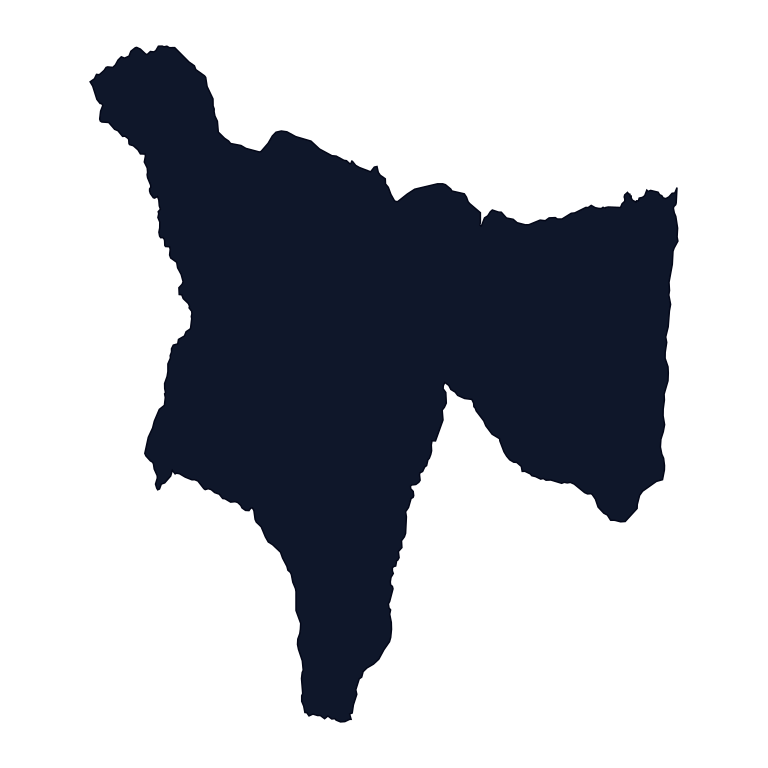 San Bernardo, Cundinamarca, Colombia (Equal Earth projection)
{"feature_id": "7082276B63706767253124", "entity_name": "San Bernardo", "entity_type": "district", "adm_level": 2, "iso_a3": "COL", "parent_name": "Colombia", "parent_adm1": "Cundinamarca", "projection": "equal_earth", "projection_center": [-74.363, 4.131], "detail": "fine", "context": "isolated", "style": "filled", "palette": "ink", "viewbox_px": 768, "rotation_deg": 0, "n_neighbors": 0, "source": "geoboundaries", "source_scale": "gbopen_adm2", "svg_char_len": 6076}
<svg xmlns="http://www.w3.org/2000/svg" viewBox="0 0 768 768"><path d="M312.9,714.1L317.5,715.5L320.3,715.5L324.6,718.7L327.9,716.0L331.8,719.0L334.7,718.6L336.1,720.1L340.5,721.9L344.9,721.6L349.7,719.3L351.1,719.3L349.6,714.0L352.2,713.0L353.4,704.9L356.8,694.3L355.8,689.8L359.2,678.9L361.7,677.1L363.1,671.7L367.0,667.9L373.5,664.1L378.8,659.2L384.0,649.6L389.5,641.7L390.7,637.5L391.5,629.3L391.3,622.4L389.7,614.2L390.6,609.9L389.0,607.9L388.4,603.9L389.7,601.4L393.0,588.8L392.4,586.4L390.6,584.8L390.3,581.9L391.0,577.4L393.3,573.5L392.4,571.0L392.4,567.9L393.6,566.6L395.7,566.0L396.6,560.8L397.7,560.2L399.1,557.7L398.4,551.5L401.9,547.6L401.5,540.7L404.4,536.8L405.6,533.3L406.4,516.8L405.6,511.7L408.5,507.5L411.1,498.5L413.1,497.4L413.7,495.7L413.2,491.4L410.7,488.7L410.5,486.1L411.6,485.0L415.8,484.5L418.8,482.3L420.1,480.3L419.5,474.5L420.0,472.8L422.6,471.5L424.7,467.0L426.6,465.6L427.9,459.9L429.3,458.3L430.8,454.4L431.6,450.8L431.3,445.0L432.0,440.8L435.5,440.9L443.0,420.0L442.2,410.1L444.4,407.3L446.3,403.1L445.8,392.5L443.1,388.7L443.3,385.7L444.8,382.4L448.8,385.4L450.9,389.5L455.2,392.1L457.7,395.4L464.6,398.5L471.8,399.4L473.6,403.1L473.9,406.7L475.2,408.1L476.2,410.9L483.8,420.9L485.8,425.8L492.1,434.2L499.6,438.7L499.8,440.8L504.0,451.8L506.6,456.1L509.7,459.8L513.7,462.2L516.7,462.4L521.3,466.4L522.2,471.4L524.9,471.3L530.3,473.9L531.8,475.7L535.6,476.6L540.7,479.1L543.3,478.5L546.0,480.2L550.8,480.0L561.7,483.3L564.2,482.3L567.2,482.9L570.4,482.4L574.2,484.1L584.6,492.6L587.5,493.9L591.2,493.7L592.3,494.6L595.4,499.1L598.1,507.1L603.8,513.2L607.3,515.0L610.6,520.2L614.8,520.3L620.6,521.8L625.2,521.5L637.1,508.5L637.3,504.4L639.6,495.4L642.6,491.2L656.4,481.4L662.5,479.7L664.4,470.0L664.5,465.5L663.6,458.2L661.8,454.2L660.4,447.0L660.9,439.3L663.3,431.7L664.6,424.7L663.1,415.7L663.2,409.2L664.4,400.0L664.1,394.2L668.0,380.8L668.3,373.0L668.0,366.8L665.1,358.3L665.2,352.4L666.7,342.4L665.7,337.0L668.2,326.8L669.4,311.0L670.6,304.4L668.8,295.0L669.5,290.5L669.0,282.4L672.3,264.4L673.0,251.3L674.1,248.1L677.9,241.1L677.1,236.9L677.6,228.1L675.8,216.4L674.3,212.9L673.4,208.3L673.8,206.6L675.7,204.7L676.2,202.9L677.0,187.6L674.8,193.0L672.1,193.3L668.9,196.9L665.8,198.6L663.2,197.9L661.8,195.7L659.6,194.7L658.1,192.2L650.6,190.4L648.2,191.4L646.8,190.1L644.7,195.7L642.4,197.4L639.2,198.1L638.4,200.9L636.5,200.8L636.0,202.1L632.3,200.1L631.2,197.9L631.2,196.2L630.3,196.5L629.9,194.2L628.6,193.9L627.5,192.4L624.7,194.9L624.2,197.0L624.8,199.0L624.7,201.3L622.1,203.7L620.5,207.5L608.2,207.0L605.7,207.5L605.3,208.3L603.0,207.3L601.4,208.5L598.8,208.4L595.3,207.7L591.2,205.4L588.1,207.6L585.9,207.4L574.8,212.9L571.2,213.3L562.0,219.0L557.3,219.0L555.3,217.6L549.1,217.9L545.3,220.7L540.1,220.1L528.9,224.7L525.3,224.8L517.1,222.7L513.2,219.3L506.5,218.0L501.3,212.2L498.6,212.1L492.3,210.0L490.3,211.8L487.7,215.9L484.5,217.9L481.5,225.8L480.8,226.1L479.8,225.0L480.4,222.4L480.4,212.7L469.7,203.6L468.1,201.7L466.5,197.2L464.3,193.8L451.9,191.0L450.7,189.0L445.5,184.7L442.7,183.8L437.5,183.8L414.7,189.2L407.3,194.0L397.7,201.6L395.9,201.5L394.5,200.8L390.9,194.4L388.3,187.3L385.5,183.9L385.3,178.8L380.2,175.2L378.3,172.4L377.0,166.5L374.3,167.1L370.6,171.8L359.4,167.5L355.7,165.4L352.4,161.3L351.8,161.1L350.8,163.6L349.8,163.8L346.5,160.7L343.9,160.3L336.2,156.1L331.9,155.7L319.5,149.0L311.0,141.1L295.7,136.6L286.9,131.8L281.3,131.0L276.0,132.2L272.4,135.9L268.1,143.3L261.1,151.4L259.5,152.0L245.9,148.4L241.0,145.5L230.6,143.5L228.6,141.0L224.6,138.3L218.3,132.1L217.4,121.2L214.9,115.9L214.1,111.7L214.2,109.0L213.1,105.9L213.0,98.9L207.1,86.5L205.7,77.4L204.5,75.8L195.8,69.6L194.4,65.8L189.0,62.0L174.7,47.6L169.4,47.7L166.9,46.2L164.0,46.8L162.2,46.1L158.4,46.2L155.7,50.8L153.7,51.9L150.4,51.5L147.2,54.5L145.7,54.1L140.4,49.1L136.7,47.4L135.3,47.7L130.9,51.2L129.0,56.1L124.5,58.1L121.3,56.8L118.0,60.1L115.4,64.9L112.8,67.4L107.7,66.9L106.1,67.4L104.1,70.4L99.3,74.7L96.5,74.4L94.4,78.8L90.1,81.8L92.7,86.1L96.9,99.4L100.1,103.5L101.5,103.5L102.8,105.4L100.6,111.1L99.7,119.1L100.3,121.0L101.8,122.0L108.7,122.5L114.6,129.3L117.9,130.7L122.6,136.4L125.0,136.2L128.0,138.4L128.7,139.5L129.0,143.7L129.6,144.6L133.3,145.7L138.0,149.9L140.4,153.9L145.1,154.1L145.4,156.1L144.3,162.0L147.2,167.9L147.6,172.3L147.1,174.7L147.6,177.8L150.6,185.0L150.8,187.2L149.6,188.9L149.6,191.1L150.4,193.6L153.3,197.7L154.6,198.1L157.5,196.5L158.8,200.0L159.3,206.0L160.4,209.2L158.2,211.7L158.7,213.8L157.9,217.5L159.8,222.1L159.7,228.0L158.9,232.2L159.6,236.1L160.7,237.7L162.9,237.6L164.1,239.0L164.6,240.6L164.8,245.4L165.5,246.5L169.6,246.8L170.2,249.4L169.6,255.0L170.7,258.0L176.7,262.3L177.6,267.8L181.2,274.5L183.1,281.7L182.1,284.3L178.9,287.7L179.2,294.5L181.8,294.8L183.2,298.6L188.3,303.5L189.5,306.1L189.1,307.9L191.7,311.3L191.9,313.9L191.3,316.5L191.7,318.7L190.6,328.0L190.0,329.1L186.1,331.7L184.4,336.0L178.5,339.4L177.7,343.9L173.3,345.1L171.5,348.7L171.5,352.1L170.2,355.6L170.4,358.1L167.9,363.9L167.9,371.5L167.1,376.4L164.6,383.5L164.7,388.6L165.5,392.6L164.6,393.8L165.3,397.5L164.4,405.3L159.3,409.4L154.3,421.2L152.6,428.0L148.3,437.3L144.8,453.4L145.9,455.9L150.3,460.8L152.7,462.3L153.5,464.2L154.2,469.0L157.2,475.7L157.3,478.1L155.5,484.1L156.7,488.1L157.7,489.8L159.5,489.0L161.3,484.1L164.7,482.9L170.7,476.0L172.3,470.3L175.1,473.9L176.5,473.2L179.5,473.7L185.2,477.1L191.9,479.8L194.7,479.7L197.9,481.0L203.9,488.7L205.2,489.6L208.2,488.7L211.2,489.6L214.7,492.6L219.3,494.2L222.7,498.5L225.1,498.8L230.6,502.1L235.0,501.7L237.6,502.4L240.8,505.4L242.0,507.9L245.5,510.4L249.0,510.6L250.7,508.2L252.4,507.9L253.9,510.6L255.1,519.4L256.3,522.1L261.2,526.8L265.4,536.9L268.3,542.0L272.5,544.6L280.5,552.2L282.6,558.1L286.9,566.3L287.9,570.2L290.4,572.4L291.4,574.7L292.8,582.2L295.5,588.7L296.0,591.7L296.0,610.5L300.7,623.4L300.4,629.2L299.8,633.6L297.8,639.1L297.5,644.5L298.5,649.4L302.3,660.8L303.2,670.2L302.2,672.5L301.5,678.5L302.7,693.6L301.7,695.7L301.7,701.3L303.7,706.1L304.9,712.5L306.8,712.7L309.0,715.9L312.9,714.1Z" fill="#0f172a" stroke="#020617" stroke-width="1.5"/></svg>